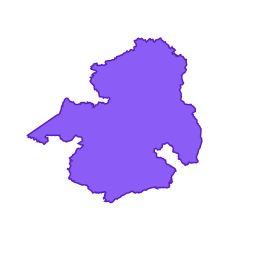 the district of Trairão, Pará, Brazil, rotated 145°
{"feature_id": "56859067B61979545771107", "entity_name": "Trairão", "entity_type": "district", "adm_level": 2, "iso_a3": "BRA", "parent_name": "Brazil", "parent_adm1": "Pará", "projection": "mercator", "projection_center": [-55.947, -5.107], "detail": "fine", "context": "isolated", "style": "filled", "palette": "violet", "viewbox_px": 256, "rotation_deg": 145, "n_neighbors": 0, "source": "geoboundaries", "source_scale": "gbopen_adm2", "svg_char_len": 5860}
<svg xmlns="http://www.w3.org/2000/svg" viewBox="0 0 256 256"><g transform="rotate(145 128 128)"><path d="M189.0,81.4L188.2,80.3L185.7,79.1L185.1,77.0L183.8,76.3L181.0,76.6L180.5,77.1L179.6,77.2L178.4,76.8L177.6,75.9L176.9,76.2L173.2,75.7L172.5,76.3L169.9,75.6L166.1,75.4L165.4,74.7L161.1,73.9L160.6,73.6L160.2,71.8L159.5,71.6L159.5,70.7L157.1,70.0L156.4,68.6L155.0,68.4L154.4,67.9L152.8,67.9L152.4,68.2L150.1,67.8L148.5,66.5L146.9,66.9L142.6,65.4L140.3,64.3L140.0,63.6L139.6,64.0L139.1,63.6L139.2,62.2L138.5,61.2L137.8,61.8L136.7,61.6L136.5,61.0L134.0,59.6L133.2,58.7L132.7,58.8L131.5,57.9L130.3,56.5L128.1,56.0L127.1,56.9L125.7,59.8L124.9,59.9L124.5,59.5L124.8,58.4L124.4,58.0L122.4,58.6L122.2,58.9L123.0,60.7L121.6,60.7L121.3,61.1L121.5,62.4L120.4,62.8L119.4,63.9L118.2,63.9L114.7,65.5L113.4,65.3L113.3,66.5L112.8,66.9L113.3,69.1L114.3,70.8L114.5,72.1L115.5,72.5L115.2,73.5L115.9,74.9L116.9,75.8L117.0,77.9L115.6,80.0L116.5,81.2L116.6,82.4L117.6,83.6L118.2,85.3L119.5,85.6L119.9,86.5L120.6,86.6L121.3,87.6L119.3,90.7L120.4,93.6L119.4,94.3L118.6,95.7L117.1,95.4L116.4,94.3L116.4,93.2L113.9,91.9L112.6,92.7L111.0,92.7L109.1,94.8L108.4,94.9L107.2,93.7L104.6,93.6L104.0,93.2L103.5,89.3L102.5,88.9L102.5,88.0L102.0,87.8L102.7,85.1L104.7,82.9L104.7,82.3L103.8,81.7L102.4,79.3L101.7,78.9L101.5,78.3L101.9,76.9L103.2,75.6L103.2,74.9L104.5,73.7L103.0,72.0L103.5,68.8L103.3,67.6L102.5,66.8L102.8,65.7L102.3,64.6L101.5,65.1L101.0,64.2L100.1,63.9L99.1,64.7L98.8,64.2L97.5,64.7L97.1,64.6L96.7,63.4L96.2,63.0L93.6,61.7L92.0,60.4L90.6,60.1L89.6,60.7L89.4,63.0L88.6,65.0L87.2,66.2L85.2,67.3L82.8,69.6L80.3,70.6L75.2,74.7L73.9,77.0L73.6,79.3L68.9,85.1L68.3,88.7L68.6,90.3L68.2,91.1L68.6,93.0L67.4,94.3L67.0,95.3L67.6,97.3L67.2,98.7L67.9,100.3L67.0,101.0L67.0,101.5L67.7,102.3L66.8,103.0L65.6,103.3L63.3,103.0L61.9,104.9L62.0,107.9L62.8,109.8L62.9,111.2L64.8,112.2L67.9,115.2L67.4,117.5L68.6,119.8L68.4,121.2L66.1,123.3L65.7,124.7L64.8,125.5L64.1,129.4L61.4,130.9L60.7,132.9L60.1,133.1L58.5,132.3L56.9,132.8L56.5,133.3L56.6,134.3L55.5,137.8L54.3,139.3L54.1,140.2L51.7,141.0L49.3,140.9L46.7,142.4L46.8,144.8L43.6,146.2L42.3,149.3L40.9,150.5L41.1,151.0L42.3,151.5L41.9,154.5L43.2,156.7L42.8,157.8L43.3,158.1L46.1,157.8L45.9,159.1L46.4,159.5L46.8,159.1L47.3,159.1L47.4,159.6L46.7,160.4L47.1,161.0L47.2,162.8L48.8,162.4L49.1,162.8L48.6,164.3L44.7,164.6L44.9,166.6L45.7,167.6L45.4,169.2L47.8,168.8L48.1,170.6L47.5,171.4L47.5,173.0L48.6,175.6L48.0,177.2L49.5,177.9L49.4,179.2L49.9,180.7L49.7,182.9L50.1,183.2L51.7,183.0L54.8,184.1L56.9,183.2L57.5,184.4L56.8,185.3L57.0,186.5L58.5,187.0L59.2,187.9L58.8,188.4L59.1,188.7L63.7,187.9L63.3,190.3L64.9,190.9L65.3,193.5L67.5,194.0L67.9,195.5L69.4,195.6L70.1,195.0L72.6,195.9L73.1,195.4L73.2,192.3L73.9,190.6L74.7,190.3L76.3,191.0L77.1,190.4L78.1,188.3L79.0,188.4L80.6,190.5L81.3,190.7L82.5,189.9L84.5,190.2L84.6,191.6L86.9,190.8L88.2,191.6L91.2,191.2L92.4,191.9L93.3,191.8L96.3,192.9L97.9,191.7L98.5,192.8L100.1,191.9L101.9,192.9L103.5,193.1L105.3,194.3L108.0,195.5L109.1,194.7L109.2,193.8L108.9,192.8L109.2,192.5L111.9,193.2L113.3,195.0L114.0,194.9L117.1,196.6L117.4,197.1L116.6,197.7L116.4,198.9L119.1,200.0L119.6,199.4L121.3,199.6L122.3,199.1L123.0,199.4L123.1,198.2L124.4,198.0L124.4,197.2L122.1,194.5L121.2,192.7L121.3,192.3L123.0,191.5L123.9,192.6L124.6,192.0L125.5,192.4L127.1,192.1L126.1,190.9L127.4,190.3L129.6,190.9L129.2,190.0L130.9,188.6L132.1,188.3L132.3,186.0L131.4,181.6L132.3,181.0L133.4,178.5L131.9,177.8L132.2,176.2L131.5,174.4L133.4,170.0L130.7,167.7L130.9,166.5L129.5,166.5L127.5,164.2L126.7,164.3L126.0,163.9L126.0,162.8L126.5,162.0L128.2,161.7L129.5,160.3L131.3,160.1L133.0,160.9L134.0,163.5L135.2,163.4L135.4,164.3L137.1,165.9L138.2,165.2L140.2,164.6L141.7,165.5L143.1,164.5L144.5,164.9L144.0,165.1L143.3,166.7L142.8,167.1L143.1,168.3L144.0,168.0L143.8,168.7L144.3,169.1L144.0,170.0L144.6,170.8L145.8,170.9L145.7,171.3L146.4,172.5L147.3,171.6L148.8,172.4L148.8,173.3L149.5,174.3L150.6,174.4L150.9,175.3L152.5,175.8L153.5,174.8L154.2,175.7L155.7,176.0L157.7,177.6L157.9,180.7L158.9,181.1L159.2,182.0L160.1,182.6L160.5,185.6L160.3,186.7L161.4,187.8L163.9,187.5L164.6,186.6L167.0,185.9L167.4,185.0L169.1,184.2L168.7,183.9L168.8,183.5L170.4,183.3L172.0,181.5L174.6,179.9L174.8,179.4L176.9,178.7L178.6,179.3L214.5,179.6L214.2,178.6L215.1,177.5L214.5,177.1L213.2,176.9L213.4,175.4L212.7,175.0L211.9,175.2L210.9,173.9L211.7,173.2L211.8,172.4L211.1,171.9L209.6,171.7L209.4,171.3L210.3,168.8L209.9,168.5L208.5,168.7L208.6,167.0L206.9,165.8L206.2,164.3L206.2,162.9L205.1,162.8L203.1,163.4L201.8,163.0L200.7,163.4L200.1,165.2L199.4,165.7L199.4,166.2L200.5,166.3L201.2,168.2L198.4,168.8L197.8,167.6L196.6,167.3L194.6,165.5L193.0,164.9L192.3,163.8L190.1,162.7L189.1,161.5L188.2,161.3L188.3,160.5L189.5,158.1L189.4,157.7L188.6,157.3L188.7,155.6L188.2,154.4L187.2,153.8L186.5,152.0L180.9,150.4L176.6,151.9L174.4,151.7L174.6,151.0L174.0,149.5L171.9,147.8L171.4,146.3L171.5,145.7L172.2,144.8L172.1,144.3L172.7,143.7L173.9,143.5L176.1,143.9L177.7,143.8L176.7,142.4L176.7,141.6L174.9,140.3L174.7,139.6L175.2,139.2L178.9,138.5L180.5,139.9L181.7,140.0L183.5,139.3L184.4,138.2L186.9,137.3L188.4,137.7L189.8,136.9L193.2,136.9L193.4,135.2L192.7,134.1L192.6,133.3L194.2,134.2L195.5,132.6L196.4,132.3L196.4,130.1L199.1,128.3L200.3,128.6L200.8,129.3L201.1,129.1L200.3,127.1L200.8,126.3L201.2,123.8L201.9,122.7L204.8,121.3L205.5,120.4L205.2,119.7L203.8,118.9L204.2,117.6L204.0,116.3L202.9,116.1L202.6,115.7L203.1,114.6L200.7,111.5L198.5,107.8L195.9,106.2L194.6,104.4L194.5,103.0L194.1,102.4L195.1,102.0L195.3,101.4L194.0,97.5L194.1,95.0L191.5,94.2L191.4,93.1L190.2,93.0L189.8,92.7L189.9,91.9L189.2,91.4L187.8,91.4L187.5,90.6L186.9,90.1L185.5,90.3L185.3,89.5L183.3,89.0L183.5,87.5L184.3,87.5L185.7,86.3L185.4,85.7L188.1,84.8L188.5,84.1L187.4,83.9L187.3,81.7L187.5,81.4L189.0,81.4Z" fill="#8b5cf6" stroke="#5b21b6" stroke-width="1.5"/></g></svg>